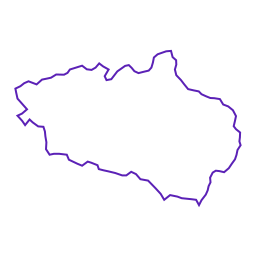 outline of Toledo, Minas Gerais, Brazil
{"feature_id": "56859067B38036328952181", "entity_name": "Toledo", "entity_type": "district", "adm_level": 2, "iso_a3": "BRA", "parent_name": "Brazil", "parent_adm1": "Minas Gerais", "projection": "mercator", "projection_center": [-46.383, -22.708], "detail": "fine", "context": "isolated", "style": "outline", "palette": "violet", "viewbox_px": 256, "rotation_deg": 0, "n_neighbors": 0, "source": "geoboundaries", "source_scale": "gbopen_adm2", "svg_char_len": 1506}
<svg xmlns="http://www.w3.org/2000/svg" viewBox="0 0 256 256"><path d="M240.6,145.2L239.4,141.4L239.9,137.4L240.1,132.5L236.0,129.2L233.7,126.2L234.8,121.6L236.0,116.1L232.9,110.2L228.2,106.4L223.2,104.5L219.9,99.1L214.3,98.2L210.3,98.0L206.1,96.3L201.5,94.2L198.8,91.4L193.8,90.4L188.1,89.1L184.2,84.3L180.9,80.0L176.3,75.2L174.9,69.5L176.3,64.6L176.1,60.2L172.6,57.1L171.0,50.9L166.2,51.3L161.0,53.1L157.6,54.3L153.9,57.5L152.9,62.6L151.4,67.6L148.7,70.6L143.6,71.8L138.5,73.1L134.4,71.2L131.6,67.8L128.8,65.1L125.1,65.9L117.3,71.4L111.3,79.2L106.5,80.1L104.7,76.2L108.6,69.5L103.1,66.4L99.2,63.4L95.6,67.6L91.6,69.9L86.8,69.3L82.1,65.7L69.9,69.5L67.5,72.9L64.0,74.7L56.2,74.5L51.0,77.7L46.9,78.6L42.0,79.6L36.6,84.4L28.5,81.3L24.2,83.2L20.4,86.2L15.4,88.6L16.2,92.7L17.5,98.6L27.0,109.3L22.0,113.6L17.5,115.7L22.2,120.9L25.1,125.1L29.6,119.5L32.7,122.4L38.2,126.4L43.4,126.8L44.9,131.4L45.4,136.4L46.4,142.3L46.0,149.2L49.6,154.7L53.9,153.8L59.2,153.8L66.8,154.7L68.9,159.7L77.3,163.7L82.1,165.7L87.7,161.6L91.2,162.7L97.5,165.2L98.8,169.1L103.5,170.3L108.1,171.3L115.2,173.0L122.2,175.4L126.3,175.4L131.2,171.8L136.0,174.1L140.4,179.2L148.1,180.6L155.4,188.1L160.7,193.9L164.2,199.8L170.1,195.1L177.4,196.6L181.7,198.2L191.4,199.2L196.1,199.8L199.0,205.1L201.5,200.2L205.8,194.6L207.7,190.3L208.6,186.2L210.5,182.3L210.1,177.7L212.7,172.6L215.8,170.7L219.4,171.1L224.1,172.2L228.8,168.2L231.9,163.6L235.0,159.3L236.5,154.9L237.5,150.0L240.6,145.2Z" fill="none" stroke="#5b21b6" stroke-width="2"/></svg>